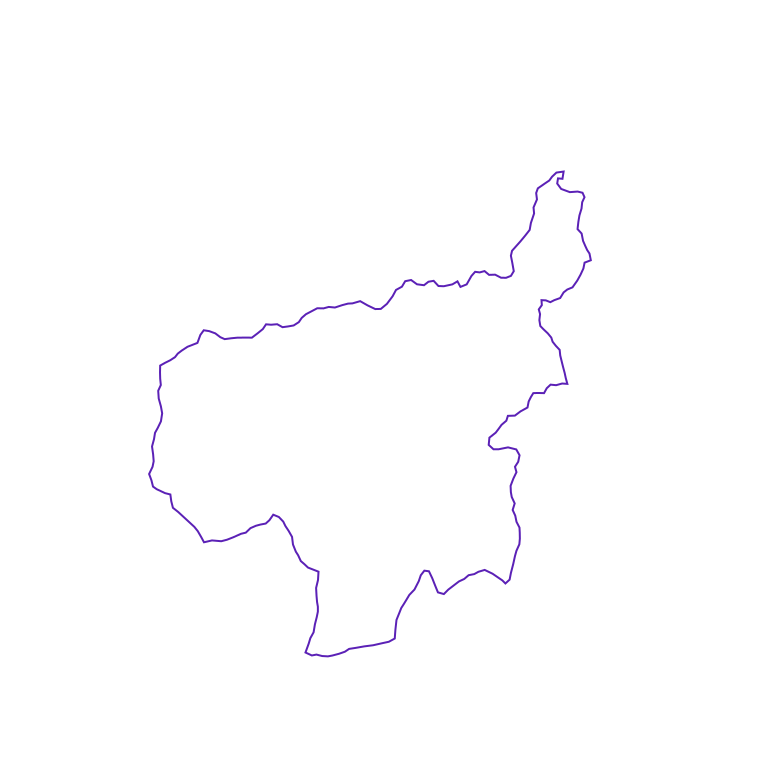 the district of Echaporã, São Paulo, Brazil, rotated 29°
{"feature_id": "56859067B12179027104670", "entity_name": "Echaporã", "entity_type": "district", "adm_level": 2, "iso_a3": "BRA", "parent_name": "Brazil", "parent_adm1": "São Paulo", "projection": "orthographic", "projection_center": [-50.188, -22.419], "detail": "fine", "context": "isolated", "style": "outline", "palette": "violet", "viewbox_px": 768, "rotation_deg": 29, "n_neighbors": 0, "source": "geoboundaries", "source_scale": "gbopen_adm2", "svg_char_len": 3573}
<svg xmlns="http://www.w3.org/2000/svg" viewBox="0 0 768 768"><g transform="rotate(29 384 384)"><path d="M250.7,584.2L254.8,589.7L259.4,594.6L266.0,595.7L287.4,600.9L292.5,603.0L298.5,606.6L303.3,609.7L309.4,604.2L317.9,600.4L322.2,596.3L326.5,591.1L331.6,584.3L335.2,581.0L337.1,574.8L340.7,570.1L344.0,566.9L348.2,563.4L349.8,558.7L350.5,552.0L356.5,551.3L362.6,553.2L366.6,556.0L371.8,558.7L377.7,562.3L382.2,568.5L388.2,573.4L391.9,575.4L397.1,579.2L401.9,580.2L406.5,581.4L417.7,579.9L421.3,587.4L423.5,595.3L427.7,602.0L431.2,607.2L434.1,610.8L436.5,615.1L438.2,620.5L440.1,627.7L442.8,635.3L442.8,642.0L444.0,647.5L445.5,656.9L452.5,656.4L456.1,653.4L461.8,651.9L467.0,649.4L470.5,646.5L475.4,641.8L479.6,637.1L481.9,632.6L487.2,628.5L494.0,623.0L501.1,617.8L508.4,611.3L513.2,607.1L516.8,601.4L513.2,593.6L509.3,584.3L508.4,576.9L507.7,571.5L508.0,566.9L508.2,562.2L508.4,556.2L510.3,549.0L510.0,539.6L508.9,533.4L509.8,527.7L514.1,526.0L520.4,530.5L523.9,533.4L527.2,536.1L532.2,540.1L538.2,538.7L539.9,532.7L542.5,526.7L545.3,520.3L548.7,515.6L550.7,510.2L555.1,506.5L557.6,502.5L562.2,497.8L570.9,497.3L577.3,497.9L582.7,498.4L586.9,499.6L588.7,494.2L586.6,487.7L584.3,478.8L582.0,471.1L580.7,465.7L580.1,458.6L577.8,453.4L574.8,448.2L572.1,443.9L566.7,440.3L562.6,435.5L557.6,431.8L556.2,425.1L550.5,420.9L547.4,417.1L544.1,411.7L543.0,404.0L542.6,396.9L538.7,392.9L539.1,387.0L537.1,380.6L531.4,377.1L523.2,379.3L515.9,385.5L511.4,388.0L505.1,386.5L502.2,379.8L505.3,372.4L506.0,367.6L506.6,362.7L508.8,356.8L507.8,351.8L513.8,348.2L516.7,341.7L520.9,335.0L519.0,329.1L518.8,324.2L519.0,319.6L523.0,317.2L528.4,314.4L528.4,308.8L530.0,303.8L535.1,301.6L539.6,297.2L544.3,295.0L540.1,290.7L536.7,286.8L531.9,281.8L528.0,277.6L524.3,273.6L521.1,269.0L515.8,267.3L511.0,265.3L507.8,262.3L502.7,260.3L496.9,258.8L492.6,257.5L488.9,252.8L486.6,247.2L483.2,243.7L483.8,238.5L481.1,234.3L485.0,232.4L489.8,231.8L492.3,228.1L496.4,223.4L496.7,216.8L498.5,212.5L502.0,208.1L502.9,199.9L502.9,193.1L502.4,186.3L500.6,180.6L504.9,175.5L500.5,170.3L496.7,168.3L493.0,165.6L488.7,162.3L483.9,156.6L478.2,154.7L475.4,148.0L473.2,141.8L471.7,134.8L469.2,128.9L468.8,123.4L464.9,120.5L460.1,121.8L453.5,126.1L444.4,127.5L438.3,124.7L436.5,119.8L440.6,118.0L438.1,111.1L432.3,115.5L430.5,121.2L429.9,125.9L427.3,131.0L423.7,138.3L424.5,143.2L428.3,148.4L429.2,157.1L432.6,162.1L434.4,171.9L436.7,178.6L435.6,185.5L434.2,193.0L431.4,205.4L432.8,210.3L437.2,215.5L442.8,222.4L442.6,227.9L439.3,231.9L434.9,234.3L428.2,234.5L423.0,237.6L417.2,236.5L413.6,240.0L409.3,241.7L408.1,247.1L408.0,256.8L403.8,262.0L398.5,258.6L395.5,263.7L388.9,269.5L384.1,271.9L377.4,269.7L373.3,273.0L371.1,278.2L364.5,280.8L357.3,279.9L352.7,283.8L352.5,290.2L348.9,295.9L349.0,303.1L347.7,312.5L344.8,319.9L340.0,322.7L331.5,323.2L323.0,323.1L317.3,328.8L313.6,331.1L309.3,335.2L304.0,340.9L298.3,343.4L294.4,347.2L288.9,350.1L284.8,356.4L281.9,360.8L280.0,366.0L279.5,371.2L276.6,376.6L272.0,380.3L267.7,383.5L261.6,383.5L256.5,386.9L251.9,389.0L251.4,394.7L248.9,400.9L246.0,407.5L240.5,410.5L233.4,414.5L228.3,418.0L222.9,422.0L218.1,422.4L211.9,421.5L205.5,422.5L200.3,424.4L199.6,430.1L200.9,438.5L194.1,446.7L190.9,452.8L188.9,457.4L188.2,461.8L185.5,466.9L182.2,471.7L179.3,476.4L182.5,482.5L185.7,487.9L189.3,493.1L189.8,499.4L194.0,505.9L199.7,511.7L204.2,517.2L207.0,524.8L207.4,532.1L207.4,537.7L209.6,543.8L211.4,551.1L216.2,557.5L220.0,563.2L221.7,568.6L222.2,576.6L227.3,581.0L231.7,585.7L236.2,586.2L245.4,585.6L250.7,584.2Z" fill="none" stroke="#5b21b6" stroke-width="2"/></g></svg>